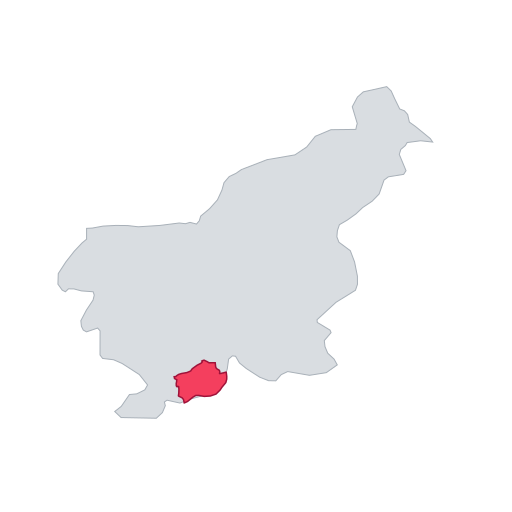 Ilirska Bistrica on a map of Slovenia (orthographic projection), rotated 346°
{"feature_id": "SVN-954", "entity_name": "Ilirska Bistrica", "entity_type": "Municipality", "adm_level": 1, "iso_a3": "SVN", "parent_name": "Slovenia", "parent_adm1": "", "projection": "orthographic", "projection_center": [14.269, 45.573], "detail": "fine", "context": "in_parent", "style": "filled", "palette": "rose", "viewbox_px": 512, "rotation_deg": 346, "n_neighbors": 0, "source": "natural_earth", "source_scale": "10m", "svg_char_len": 2640}
<svg xmlns="http://www.w3.org/2000/svg" viewBox="0 0 512 512"><g transform="rotate(346 256 256)"><path d="M455.0,188.2L443.6,184.0L430.1,182.5L427.6,185.0L422.3,187.6L419.6,192.1L422.2,209.5L419.0,212.5L403.6,211.2L398.6,213.3L390.5,225.6L382.0,230.9L371.2,234.8L363.2,239.3L353.1,243.3L344.5,245.8L341.1,251.1L339.1,257.0L339.8,262.7L348.8,273.7L350.2,285.6L349.5,300.2L347.6,308.0L344.2,313.3L322.4,320.3L299.8,332.6L299.4,335.3L309.9,345.8L310.3,348.5L301.8,354.6L301.0,360.7L302.1,367.7L306.8,374.9L308.5,381.3L296.0,386.2L279.0,384.7L258.8,375.8L251.8,377.2L245.0,381.9L238.0,380.0L230.3,374.5L219.4,362.9L214.1,355.8L211.9,348.3L208.9,347.2L204.5,349.4L200.8,358.6L190.8,375.1L183.4,379.6L172.2,378.7L156.5,378.9L146.7,380.3L134.8,374.4L131.8,375.5L131.8,379.3L127.3,385.3L120.0,389.3L86.0,380.1L81.3,372.7L88.9,369.3L99.7,359.8L106.9,360.9L115.7,359.0L119.6,354.9L114.1,342.8L100.1,327.9L92.7,322.2L82.4,318.3L80.7,314.3L86.6,290.9L84.9,287.6L73.2,288.6L70.5,286.1L69.6,282.0L70.4,276.4L78.4,267.4L87.2,259.4L89.6,254.8L89.3,251.3L78.1,247.6L71.4,243.9L66.1,242.5L62.4,244.6L59.7,242.2L57.0,235.4L59.9,225.2L70.0,215.8L80.8,207.4L90.3,201.3L95.7,198.7L98.3,188.2L103.9,189.3L114.9,190.0L127.3,192.4L138.8,195.4L148.9,199.2L170.2,203.1L189.5,205.4L195.4,207.6L200.1,207.4L206.0,210.6L209.5,208.1L212.0,203.9L222.5,198.8L232.2,192.2L238.9,183.8L242.7,177.1L249.3,172.4L256.4,171.0L262.8,168.6L290.1,165.2L318.2,167.3L331.6,162.5L342.5,154.2L358.5,151.7L359.3,151.6L383.5,157.3L385.3,153.6L386.3,152.0L385.5,134.5L392.9,126.3L399.8,122.7L423.8,123.3L427.1,128.6L428.6,136.9L431.0,148.1L435.1,151.0L437.4,155.4L437.2,163.2L442.0,168.8L453.5,184.2L455.0,188.2Z" fill="#d9dde1" stroke="#a8b0b8" stroke-width="1"/><path d="M199.0,361.6L198.5,365.7L197.8,368.4L196.1,371.5L191.1,375.2L188.7,377.4L183.8,380.3L177.8,380.8L171.8,379.7L166.7,377.4L163.9,376.7L160.6,377.7L154.4,380.6L151.1,381.2L150.8,381.2L150.7,381.1L150.9,379.9L150.9,377.7L150.1,375.9L149.5,375.3L147.2,373.4L146.9,372.9L147.9,370.4L148.9,366.9L149.2,365.1L149.3,364.0L148.5,363.5L147.8,363.8L147.4,363.3L147.3,362.4L147.8,360.2L148.5,358.9L148.9,357.5L149.2,356.9L147.3,355.2L147.4,353.3L149.0,353.6L149.9,353.0L152.2,352.2L155.3,352.0L160.7,352.4L163.5,352.0L164.9,351.7L166.4,350.3L167.5,349.7L172.5,347.7L176.5,346.8L178.0,346.0L178.3,345.4L178.0,344.8L178.6,344.6L180.4,344.5L183.2,346.8L184.5,348.2L190.6,349.7L190.1,353.4L190.1,354.7L190.9,356.2L192.6,357.8L192.9,358.8L192.8,360.0L192.2,360.9L192.3,361.3L193.6,361.5L195.0,361.4L196.0,361.6L196.8,361.4L197.6,361.5L198.6,361.4L199.0,361.6L199.0,361.6Z" fill="#f43f5e" stroke="#9f1239" stroke-width="1.5"/></g></svg>